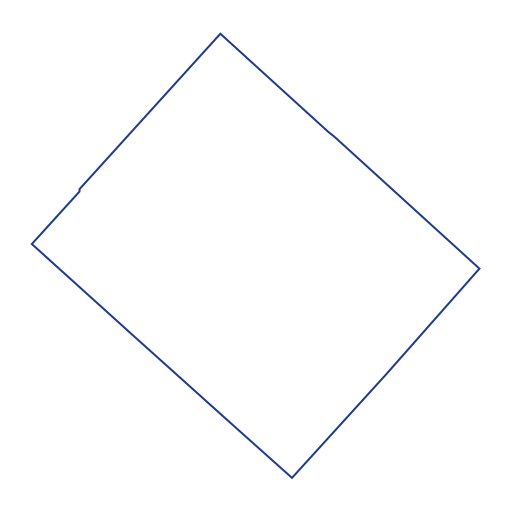 outline of Codington, South Dakota, United States of America, rotated 42°
{"feature_id": "52423323B33068047494681", "entity_name": "Codington", "entity_type": "district", "adm_level": 2, "iso_a3": "USA", "parent_name": "United States of America", "parent_adm1": "South Dakota", "projection": "albers", "projection_center": [-97.185, 44.978], "detail": "fine", "context": "isolated", "style": "outline", "palette": "blue", "viewbox_px": 512, "rotation_deg": 42, "n_neighbors": 0, "source": "geoboundaries", "source_scale": "gbopen_adm2", "svg_char_len": 305}
<svg xmlns="http://www.w3.org/2000/svg" viewBox="0 0 512 512"><g transform="rotate(42 256 256)"><path d="M431.9,256.7L430.5,115.9L234.3,114.9L226.5,115.4L80.8,114.7L80.1,324.3L81.7,326.2L81.4,397.1L221.3,397.3L361.2,397.1L431.2,396.8L431.9,256.7Z" fill="none" stroke="#1e3a8a" stroke-width="2"/></g></svg>